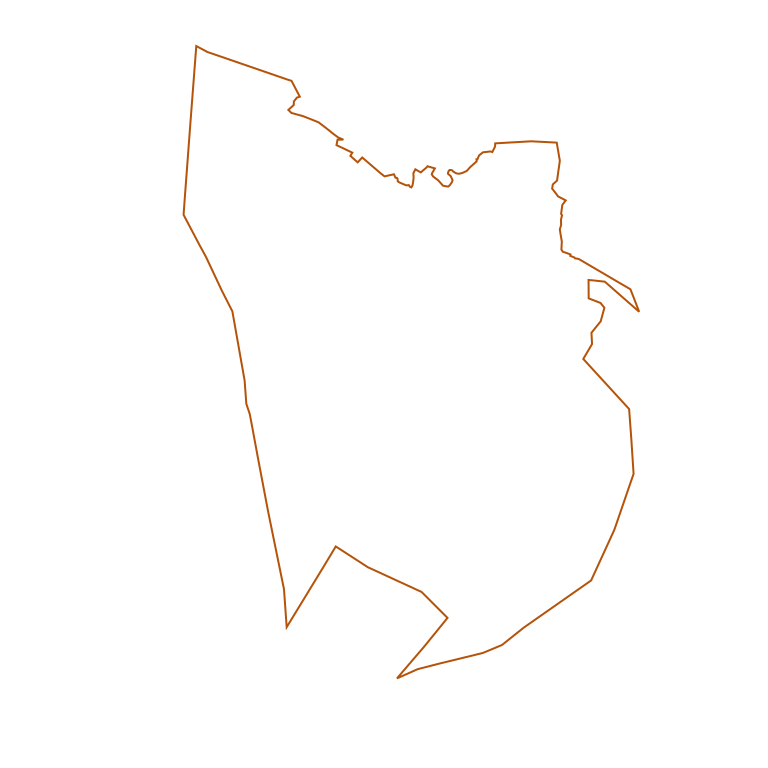 Santa Ana, Oaxaca, Mexico, rotated 14°
{"feature_id": "50627088B53978228930209", "entity_name": "Santa Ana", "entity_type": "district", "adm_level": 2, "iso_a3": "MEX", "parent_name": "Mexico", "parent_adm1": "Oaxaca", "projection": "natural_earth1", "projection_center": [-96.73, 16.33], "detail": "fine", "context": "isolated", "style": "outline", "palette": "amber", "viewbox_px": 768, "rotation_deg": 14, "n_neighbors": 0, "source": "geoboundaries", "source_scale": "gbopen_adm2", "svg_char_len": 2097}
<svg xmlns="http://www.w3.org/2000/svg" viewBox="0 0 768 768"><g transform="rotate(14 384 384)"><path d="M219.3,350.2L247.9,414.3L255.2,436.5L261.1,445.8L266.8,458.2L279.5,486.1L302.0,534.9L307.1,545.6L336.6,607.3L348.4,643.5L369.8,575.2L376.5,553.3L412.7,565.7L470.8,576.7L502.2,595.6L486.7,628.7L467.8,666.5L485.7,652.5L505.9,641.6L544.9,621.1L561.6,608.7L578.6,586.5L632.5,524.5L642.7,470.2L643.2,464.9L647.9,410.8L637.3,377.6L627.9,349.0L571.3,311.5L576.2,294.9L572.9,284.1L576.6,276.1L579.1,270.8L579.4,256.7L574.5,253.0L561.9,251.4L557.3,233.6L562.4,232.8L573.5,231.3L614.1,252.2L605.4,239.8L600.2,232.5L542.7,215.6L541.7,215.6L539.0,215.9L538.2,215.2L533.7,214.6L533.6,213.2L530.2,212.8L528.0,212.6L525.5,212.4L523.6,210.6L522.1,202.8L519.5,196.9L517.2,191.5L517.4,187.0L516.0,181.8L515.9,177.2L514.7,176.1L513.7,167.1L515.9,161.9L507.3,159.8L505.7,158.3L501.0,154.6L499.9,153.8L499.5,149.5L502.7,144.8L501.5,133.6L501.4,132.4L500.6,124.9L500.0,123.4L499.2,121.7L496.5,115.5L493.2,108.0L468.1,112.9L433.7,123.6L434.3,126.8L433.0,132.7L431.1,132.6L423.9,135.3L420.9,139.3L420.3,143.4L419.4,143.6L420.0,145.6L415.1,152.8L414.1,154.7L412.8,157.2L408.8,160.4L405.8,161.9L402.9,162.1L399.5,161.0L398.9,160.4L398.2,160.2L397.1,160.2L395.9,160.5L395.2,161.6L395.0,163.8L395.2,164.5L398.5,166.2L401.2,169.6L401.1,171.7L399.7,175.3L398.4,177.0L393.2,177.3L390.2,175.2L387.2,173.2L381.5,170.8L379.6,169.0L379.7,167.6L381.2,162.5L373.5,162.2L373.1,163.3L368.5,169.8L362.5,168.1L361.5,172.4L362.8,176.6L363.4,180.9L363.6,184.4L363.0,186.6L361.5,186.4L359.9,185.0L357.6,185.9L350.2,184.7L348.3,184.0L347.6,181.8L346.7,180.9L345.3,181.1L342.9,178.1L334.3,182.4L330.0,180.5L308.1,169.5L304.8,175.3L296.2,170.8L297.3,167.2L280.1,163.7L279.8,158.2L285.5,156.7L280.0,155.9L274.4,153.6L265.5,149.5L257.1,145.9L240.7,143.7L228.6,143.4L224.9,141.2L228.9,135.1L228.2,131.6L230.2,127.2L232.8,125.6L220.9,112.2L215.8,111.9L165.8,107.5L132.4,104.6L120.1,101.5L133.1,178.1L145.7,251.7L148.6,268.3L152.6,272.8L171.1,293.5L180.4,303.6L204.2,332.8L219.3,350.2Z" fill="none" stroke="#b45309" stroke-width="2"/></g></svg>